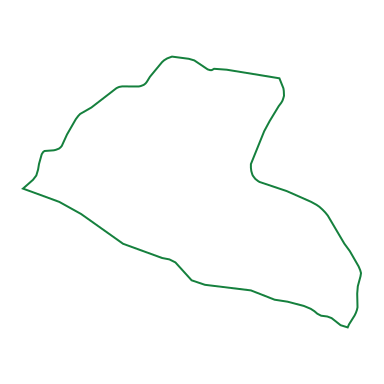 SVG path tracing the border of Grand Kru
{"feature_id": "LBR-780", "entity_name": "Grand Kru", "entity_type": "County", "adm_level": 1, "iso_a3": "LBR", "parent_name": "Liberia", "parent_adm1": "", "projection": "mercator", "projection_center": [-8.188, 4.813], "detail": "fine", "context": "isolated", "style": "outline", "palette": "green", "viewbox_px": 384, "rotation_deg": 0, "n_neighbors": 0, "source": "natural_earth", "source_scale": "10m", "svg_char_len": 1281}
<svg xmlns="http://www.w3.org/2000/svg" viewBox="0 0 384 384"><path d="M347.7,327.4L340.6,325.2L331.6,318.1L327.3,316.5L321.1,315.7L317.3,313.7L314.4,311.2L310.7,308.8L304.0,306.0L287.6,301.7L274.6,299.7L250.9,290.4L204.9,284.8L191.6,280.3L175.4,262.4L169.4,259.4L162.1,258.0L123.1,243.8L81.1,214.0L59.3,201.9L23.0,188.6L33.0,179.8L36.3,175.5L38.1,169.5L39.0,164.0L41.7,154.3L43.1,152.1L44.5,151.0L53.9,150.3L55.9,149.8L59.0,148.6L60.6,147.3L61.8,145.9L67.0,134.5L75.8,119.2L78.2,116.0L80.2,113.9L91.4,107.5L116.4,88.2L117.8,87.5L119.3,86.9L122.2,86.4L138.6,86.5L140.6,86.1L143.7,84.9L145.5,83.5L146.8,81.9L150.0,76.7L162.0,62.2L164.1,60.3L167.2,58.4L172.0,56.6L188.8,58.8L194.3,60.4L207.7,69.4L210.0,70.1L211.8,70.1L214.1,68.8L226.7,69.7L279.4,78.3L283.4,88.3L283.8,90.9L284.0,95.8L283.3,98.3L282.5,100.6L281.3,102.7L278.8,106.0L269.7,121.0L264.2,131.2L250.9,164.1L250.9,167.8L251.3,171.0L251.9,173.1L252.5,175.0L253.3,176.3L255.3,178.9L258.1,181.1L259.6,182.0L286.5,191.0L311.0,201.8L316.5,204.8L319.4,206.8L322.5,209.6L325.3,212.5L327.8,215.6L344.3,243.6L349.8,251.1L358.6,266.4L360.2,270.2L361.0,273.1L360.5,276.3L357.8,286.3L357.2,293.6L357.5,307.3L356.9,310.0L355.9,312.8L354.6,315.5L349.0,324.4L347.7,327.4L347.7,327.4Z" fill="none" stroke="#15803d" stroke-width="2"/></svg>